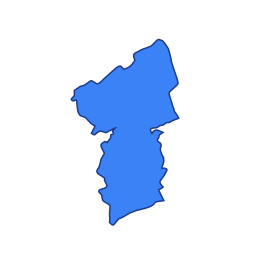 Ha Giang, Hà Giang, Vietnam, rotated 117°
{"feature_id": "81297802B3651989276752", "entity_name": "Ha Giang", "entity_type": "district", "adm_level": 2, "iso_a3": "VNM", "parent_name": "Vietnam", "parent_adm1": "Hà Giang", "projection": "natural_earth1", "projection_center": [104.979, 22.815], "detail": "fine", "context": "isolated", "style": "filled", "palette": "blue", "viewbox_px": 256, "rotation_deg": 117, "n_neighbors": 0, "source": "geoboundaries", "source_scale": "gbopen_adm2", "svg_char_len": 3312}
<svg xmlns="http://www.w3.org/2000/svg" viewBox="0 0 256 256"><g transform="rotate(117 128 128)"><path d="M220.5,101.7L221.3,99.0L221.4,98.2L221.1,97.2L220.5,96.7L216.8,95.9L213.4,95.1L209.4,91.9L203.3,88.1L198.2,83.6L195.9,81.0L191.1,75.6L188.2,72.8L186.9,71.8L184.5,70.5L181.4,69.9L179.1,66.8L176.4,63.1L169.7,72.1L169.0,72.6L168.0,71.8L165.9,70.4L165.2,70.1L164.7,70.0L164.3,70.5L164.2,71.4L163.8,72.2L163.0,73.6L162.7,74.1L161.2,75.3L160.9,75.3L158.0,74.9L155.2,74.4L152.9,74.2L148.9,74.1L147.6,74.3L147.1,74.7L147.0,75.5L147.2,76.9L147.5,77.9L148.4,78.9L148.5,79.4L148.2,79.8L146.5,80.1L144.3,80.3L141.6,80.9L139.3,82.2L138.0,83.2L136.5,85.6L133.3,88.9L132.3,89.5L131.2,90.0L129.6,90.2L128.3,90.7L127.8,91.0L127.1,91.9L126.7,92.8L126.3,95.1L126.0,95.8L125.4,96.4L124.8,96.5L123.9,96.4L122.8,96.2L121.8,96.5L120.7,96.8L119.8,96.8L118.7,96.2L116.0,94.8L116.1,96.3L116.4,100.0L116.7,101.1L117.1,102.2L118.9,103.6L119.7,104.0L120.2,104.0L121.4,103.9L122.1,104.2L121.2,105.4L120.3,106.4L119.7,107.1L119.1,107.3L118.5,107.3L117.3,106.5L116.0,104.6L114.8,102.7L113.9,101.9L111.5,100.8L110.3,99.2L109.2,98.0L108.0,97.3L106.0,96.3L104.2,93.6L103.8,93.3L102.9,92.8L101.4,91.8L99.2,89.9L96.3,87.3L95.4,88.4L93.8,91.0L91.7,95.0L90.4,95.5L89.0,97.2L79.4,106.6L78.1,107.2L77.1,107.4L67.4,103.8L66.2,103.7L65.2,103.8L61.5,106.9L58.9,109.7L51.1,117.6L49.4,119.3L47.1,120.8L41.9,125.4L39.1,128.0L37.5,130.7L35.5,134.4L34.6,137.0L35.0,140.1L35.5,141.2L36.7,142.0L39.0,142.8L41.8,143.6L44.7,144.7L47.1,146.9L51.8,151.3L55.7,154.0L58.6,156.0L59.7,156.2L60.4,156.0L61.0,155.8L62.1,155.1L64.8,152.5L71.0,153.6L74.5,155.6L77.1,157.9L77.3,158.9L77.3,159.8L76.8,160.9L76.3,162.0L76.3,162.7L76.7,163.6L77.4,164.4L79.9,165.9L91.9,170.5L95.5,171.9L98.3,172.8L101.5,174.2L102.7,175.8L102.8,176.7L102.5,179.3L102.4,181.4L102.6,182.3L103.5,183.1L106.4,184.5L108.7,185.8L110.5,187.1L112.5,189.3L113.7,190.1L114.9,190.6L119.0,192.9L120.7,191.9L123.1,190.7L124.2,190.7L126.8,191.4L127.6,191.7L128.0,191.6L128.6,191.1L128.8,190.4L128.8,189.1L126.9,187.2L126.6,186.6L126.7,186.2L128.9,185.0L132.7,182.5L136.1,180.1L137.9,177.8L138.3,176.8L138.5,176.0L138.5,174.9L138.0,170.9L138.3,169.6L139.8,165.7L140.7,163.1L141.0,161.7L141.2,159.0L141.3,158.2L149.3,158.2L149.4,157.4L149.5,156.4L149.5,155.3L149.1,154.6L148.3,154.2L146.2,153.5L144.0,152.0L143.3,151.2L142.6,148.4L142.3,146.0L141.8,145.2L140.2,144.1L137.4,142.1L135.3,140.7L134.1,139.5L136.6,140.2L137.4,140.4L138.0,140.3L138.6,139.4L139.3,138.6L139.9,138.4L140.5,138.6L141.0,139.4L141.5,140.0L141.8,140.1L142.6,139.9L144.6,139.1L145.2,139.0L146.3,139.3L148.5,139.7L149.6,139.9L150.3,139.8L150.2,141.3L150.6,142.4L152.5,143.7L154.8,144.5L156.0,144.1L157.9,142.2L160.2,138.9L161.2,137.6L163.5,137.6L166.8,137.8L168.8,137.7L172.0,136.8L174.5,136.3L176.7,136.1L178.1,136.4L179.5,136.4L181.1,135.9L182.0,134.7L182.5,133.0L182.7,129.9L183.3,126.4L183.9,125.6L184.2,125.5L185.0,125.3L185.5,124.9L186.0,124.3L187.7,122.0L188.5,121.1L189.4,120.5L190.2,120.5L191.2,120.8L192.8,122.1L194.3,123.5L195.4,124.7L196.2,125.2L196.7,125.3L197.5,125.4L198.5,124.4L199.1,122.0L200.0,120.8L201.2,120.0L203.6,118.0L204.3,116.7L204.5,114.2L204.7,111.2L205.4,108.9L205.9,108.3L207.5,107.8L212.9,105.5L217.4,102.9L219.7,101.9L219.8,101.9L220.5,101.7Z" fill="#3b82f6" stroke="#1e3a8a" stroke-width="1.5"/></g></svg>